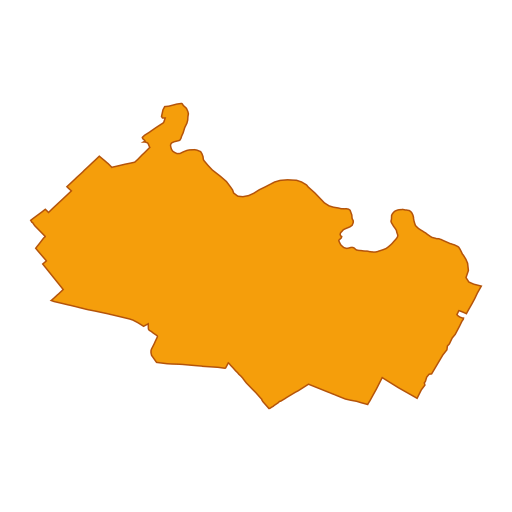 the district of Mihailesti, Giurgiu, Romania
{"feature_id": "2599482B73686202162005", "entity_name": "Mihailesti", "entity_type": "district", "adm_level": 2, "iso_a3": "ROU", "parent_name": "Romania", "parent_adm1": "Giurgiu", "projection": "equal_earth", "projection_center": [25.91, 44.314], "detail": "fine", "context": "isolated", "style": "filled", "palette": "amber", "viewbox_px": 512, "rotation_deg": 0, "n_neighbors": 0, "source": "geoboundaries", "source_scale": "gbopen_adm2", "svg_char_len": 6011}
<svg xmlns="http://www.w3.org/2000/svg" viewBox="0 0 512 512"><path d="M417.1,398.3L421.3,389.9L424.9,385.1L424.3,382.9L425.4,381.4L426.7,377.1L429.1,374.2L431.6,373.9L442.8,355.0L446.9,349.8L447.4,346.0L449.3,344.0L452.2,338.0L455.2,334.4L459.3,326.6L462.0,321.1L463.3,319.3L463.5,318.1L462.7,318.1L459.7,317.0L458.0,315.8L456.9,314.6L458.9,310.6L459.3,310.7L461.1,311.4L463.8,312.5L466.4,313.7L466.8,312.9L468.8,309.3L472.0,303.7L474.8,298.5L477.4,293.0L481.3,286.1L473.8,284.2L468.8,282.0L466.0,277.6L468.4,270.5L467.6,263.3L465.9,259.3L463.3,255.1L462.4,254.1L461.3,251.7L460.0,249.2L458.8,247.3L457.8,246.5L456.1,245.7L455.1,245.2L454.2,244.8L453.5,244.6L452.7,244.4L451.7,244.0L450.9,243.7L450.0,243.6L448.9,243.0L447.7,242.5L443.4,240.6L442.3,240.1L441.4,239.6L440.0,239.2L439.1,238.8L438.2,238.7L437.0,238.7L436.3,238.6L435.7,238.4L435.2,238.2L433.9,237.9L431.6,237.3L430.9,236.7L430.1,236.3L429.5,235.8L427.4,234.4L426.6,233.7L425.7,233.0L423.8,231.9L422.8,231.2L420.6,229.9L419.7,229.3L418.5,228.5L416.9,227.0L415.5,225.6L414.9,224.0L414.4,222.4L413.9,220.6L413.5,218.3L413.5,217.3L413.2,216.2L412.9,215.1L411.9,213.0L411.2,212.1L410.5,211.4L409.2,210.5L408.4,210.4L407.3,210.2L406.4,210.0L405.3,210.0L403.6,209.6L402.3,209.4L401.8,209.6L401.1,209.6L399.6,209.7L398.1,209.9L396.1,210.6L394.5,211.4L393.1,212.9L392.3,214.0L391.6,215.4L391.5,218.2L391.5,219.0L391.1,220.6L391.0,221.3L391.4,222.6L393.6,226.3L395.3,228.6L396.4,230.4L396.8,232.3L397.8,235.2L397.6,236.5L397.3,237.3L395.9,239.2L394.8,240.4L393.8,241.5L392.7,242.8L391.7,243.9L390.4,245.1L388.3,246.9L386.1,248.5L383.1,249.7L381.3,250.3L379.8,250.8L378.7,251.1L377.9,251.5L376.9,251.7L375.7,252.0L373.8,252.1L372.3,251.9L371.6,251.9L370.4,251.7L369.7,251.7L368.7,251.4L367.2,251.1L365.5,251.1L363.1,250.9L361.4,250.6L359.9,250.5L358.5,250.4L357.7,250.2L356.5,250.0L355.3,249.1L354.7,248.5L353.8,247.8L352.4,247.4L351.1,247.4L349.6,247.8L348.2,248.2L346.5,248.4L343.9,247.6L343.0,246.9L341.9,245.9L341.0,245.1L340.2,243.8L338.9,241.1L338.8,240.3L339.7,239.4L341.3,237.9L341.7,236.5L340.8,236.0L340.1,234.6L340.4,233.2L340.8,232.5L341.8,231.5L342.4,230.8L343.2,229.9L344.1,229.3L345.9,228.5L348.4,227.5L350.2,226.7L351.4,225.8L352.1,225.3L353.0,223.2L353.3,222.0L353.2,221.7L353.3,221.0L352.9,220.1L352.1,218.5L351.8,215.0L350.8,212.2L350.1,210.3L348.6,209.2L346.2,208.7L344.5,208.8L341.1,208.7L338.4,208.0L333.4,207.2L328.9,205.8L324.3,202.8L314.9,193.0L308.2,187.0L306.6,185.0L301.6,182.0L296.6,180.3L287.5,179.8L280.1,180.4L274.6,182.0L265.4,186.8L259.2,189.8L253.7,193.3L248.6,195.6L242.9,196.7L237.8,196.2L233.6,193.0L232.6,190.0L230.6,187.1L226.4,181.5L220.4,176.3L212.3,170.0L207.9,165.3L205.3,162.2L203.8,160.4L203.3,159.2L203.0,156.6L201.9,153.7L200.6,151.6L196.9,150.1L194.5,149.7L192.2,149.8L189.5,149.9L187.0,150.4L183.2,151.9L180.0,153.5L177.0,153.6L174.7,152.5L172.7,151.2L171.3,149.0L171.3,148.4L170.9,147.6L170.5,145.2L170.9,143.9L171.7,142.9L174.0,141.8L179.2,140.5L180.0,140.0L181.0,138.2L181.6,136.2L183.1,132.9L184.7,127.7L186.9,123.2L187.7,120.1L187.9,116.8L188.4,113.8L187.8,111.4L186.4,108.3L184.7,106.7L183.4,105.6L182.8,104.7L182.3,103.9L181.7,103.5L181.0,103.5L180.2,103.6L176.7,104.1L172.6,105.2L168.7,106.2L164.7,106.6L163.0,109.8L161.5,116.5L162.5,118.0L165.2,118.0L164.2,120.9L164.2,121.3L163.7,122.2L163.6,122.4L163.4,122.7L162.9,123.1L162.4,123.5L161.2,124.2L156.3,127.4L154.1,128.9L152.7,129.9L150.8,131.2L149.6,132.1L144.5,135.3L143.5,136.3L142.5,137.2L142.3,137.6L142.7,138.4L142.8,138.7L143.3,139.2L144.4,140.1L144.7,140.5L145.1,141.1L143.5,142.0L144.4,142.0L144.8,142.0L145.4,142.1L146.4,142.5L147.2,142.7L147.6,143.0L147.9,143.3L148.2,143.8L149.8,147.5L149.6,147.6L144.4,152.8L142.0,155.0L137.9,159.3L134.7,162.2L132.4,162.7L130.6,163.1L125.1,164.2L116.3,166.3L114.5,166.7L112.2,167.2L112.0,167.3L111.9,167.4L109.1,164.6L108.0,163.5L107.2,162.9L104.6,160.6L103.1,159.4L99.3,156.2L94.7,160.6L92.2,162.9L88.3,166.6L84.2,170.4L82.9,171.8L81.5,173.1L80.2,174.3L76.2,177.9L76.2,178.0L66.9,186.7L68.3,188.1L71.4,190.9L71.1,191.2L54.1,207.1L52.5,208.6L48.5,212.5L47.3,211.2L45.3,209.3L43.6,210.6L42.5,211.5L37.9,214.9L33.7,218.0L31.5,219.7L30.7,220.3L31.6,221.8L31.8,222.2L32.3,222.4L32.6,222.6L33.4,223.8L34.3,225.1L34.9,225.9L45.2,236.4L45.2,236.7L44.3,237.4L43.5,238.2L41.3,241.1L38.2,245.1L37.2,246.3L35.7,248.3L36.3,249.0L38.2,251.3L46.2,260.6L46.4,260.9L42.7,264.0L63.2,289.5L58.4,294.1L57.6,294.7L55.8,296.4L52.8,299.1L51.6,300.2L51.2,300.5L54.0,301.5L62.5,303.5L68.3,304.9L70.3,305.3L73.9,306.2L86.3,309.3L89.0,309.9L89.7,310.0L95.3,311.1L105.1,313.2L107.5,313.7L109.2,314.1L111.1,314.6L111.3,314.6L121.8,317.1L129.7,319.0L131.7,319.7L132.5,319.9L133.5,320.4L136.2,321.8L137.9,322.7L138.4,323.0L142.5,325.6L143.6,326.3L148.2,323.8L148.4,328.9L148.5,329.1L148.7,329.6L149.0,329.9L149.3,330.3L149.8,330.6L150.3,330.9L150.7,331.1L151.7,331.8L152.9,332.8L157.0,335.6L157.3,335.9L157.4,336.3L157.4,336.6L157.4,336.9L155.3,341.3L154.2,343.8L151.5,349.1L151.3,349.7L151.1,350.2L151.0,351.0L151.0,352.8L151.4,354.6L151.6,355.4L154.3,359.2L155.9,361.5L156.6,362.4L166.9,363.7L171.8,364.0L178.5,364.2L182.1,364.4L194.4,365.5L201.9,366.1L202.2,366.2L202.4,366.3L218.0,367.3L221.7,367.8L224.6,368.2L225.1,368.2L225.3,368.1L225.5,368.0L225.7,367.8L228.3,362.9L228.8,363.3L229.5,363.9L230.5,365.2L233.0,367.8L235.6,370.8L237.6,372.7L238.0,373.2L238.8,374.2L239.1,374.5L240.7,375.9L242.8,378.2L243.1,378.7L243.7,379.5L244.5,380.6L246.4,383.0L249.9,386.6L252.2,389.0L253.5,390.3L255.4,392.2L255.7,392.5L261.6,399.2L261.8,399.3L261.8,399.8L262.1,400.4L262.9,401.6L263.2,402.0L268.4,407.9L268.9,408.5L269.8,408.4L271.6,407.2L273.4,406.2L273.8,405.7L278.1,402.8L278.8,402.2L279.3,401.5L279.8,401.3L280.7,401.2L281.3,400.8L285.0,398.6L286.6,397.5L295.4,392.2L298.0,390.9L308.5,384.2L345.3,399.0L350.5,400.2L356.6,401.3L361.1,402.7L362.6,403.1L364.1,403.5L367.7,404.5L368.3,403.3L369.9,400.8L373.3,394.6L374.8,391.9L376.3,389.2L382.2,377.6L398.4,387.7L417.1,398.3Z" fill="#f59e0b" stroke="#b45309" stroke-width="1.5"/></svg>